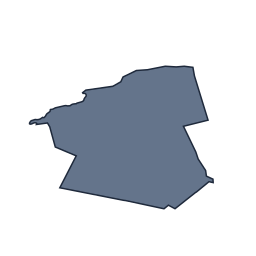 outline of Monroe, Pennsylvania, United States of America, rotated 195°
{"feature_id": "52423323B86940080829483", "entity_name": "Monroe", "entity_type": "district", "adm_level": 2, "iso_a3": "USA", "parent_name": "United States of America", "parent_adm1": "Pennsylvania", "projection": "robinson", "projection_center": [-75.179, 41.033], "detail": "fine", "context": "isolated", "style": "filled", "palette": "slate", "viewbox_px": 256, "rotation_deg": 195, "n_neighbors": 0, "source": "geoboundaries", "source_scale": "gbopen_adm2", "svg_char_len": 1242}
<svg xmlns="http://www.w3.org/2000/svg" viewBox="0 0 256 256"><g transform="rotate(195 128 128)"><path d="M224.3,107.0L224.2,106.6L223.6,106.4L222.9,106.6L222.0,107.1L220.3,108.5L219.3,109.0L218.3,109.1L217.6,109.0L217.3,108.8L217.4,107.7L207.1,112.0L203.9,108.9L193.3,90.8L170.8,87.7L175.9,64.1L178.4,52.6L128.3,56.0L113.6,57.0L111.5,57.3L72.3,59.3L69.0,63.9L61.7,62.2L46.0,83.3L45.4,83.8L35.9,97.1L31.6,97.3L32.7,100.6L39.8,101.8L42.0,107.0L52.2,116.2L56.3,122.4L74.9,144.0L52.7,156.3L68.6,181.6L77.3,195.5L81.0,203.4L89.7,202.2L97.2,199.5L108.0,197.3L124.3,189.3L134.8,185.7L146.0,176.0L146.9,170.8L153.4,164.4L178.5,153.7L181.0,150.4L180.4,149.8L178.6,150.2L177.9,150.1L177.2,149.5L176.8,148.6L176.8,147.5L177.4,146.4L177.7,145.5L177.9,144.7L177.9,143.4L178.2,142.6L179.1,141.6L180.2,140.9L183.8,138.8L184.2,138.1L186.6,137.2L188.0,136.5L189.5,134.9L189.7,134.5L192.1,133.7L193.8,133.6L195.1,133.1L202.6,129.1L203.5,128.6L205.3,126.9L206.4,126.3L207.7,125.8L207.8,125.5L207.6,124.2L207.8,123.5L209.6,121.3L210.2,120.4L210.5,119.4L210.7,118.4L211.5,116.7L211.9,116.2L213.2,116.2L215.1,114.0L216.5,113.1L218.0,112.5L219.9,112.2L223.2,110.1L223.9,109.2L224.4,107.3L224.3,107.0Z" fill="#64748b" stroke="#1e293b" stroke-width="1.5"/></g></svg>